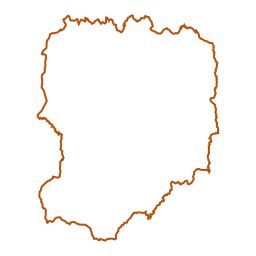 Mahabo, Menabe, Madagascar (Equal Earth projection)
{"feature_id": "10022922B70120442307447", "entity_name": "Mahabo", "entity_type": "district", "adm_level": 2, "iso_a3": "MDG", "parent_name": "Madagascar", "parent_adm1": "Menabe", "projection": "equal_earth", "projection_center": [45.183, -20.687], "detail": "fine", "context": "isolated", "style": "outline", "palette": "amber", "viewbox_px": 256, "rotation_deg": 0, "n_neighbors": 0, "source": "geoboundaries", "source_scale": "gbopen_adm2", "svg_char_len": 5721}
<svg xmlns="http://www.w3.org/2000/svg" viewBox="0 0 256 256"><path d="M212.3,43.1L209.2,42.8L207.0,41.3L204.3,40.6L202.5,39.3L201.0,38.8L199.4,37.4L198.4,33.4L197.0,32.2L197.1,31.5L196.4,30.8L196.4,32.5L195.6,32.4L195.1,32.0L194.9,31.0L194.5,31.1L192.4,28.5L191.4,28.2L190.6,27.5L189.6,27.8L188.4,27.4L187.8,28.4L186.1,27.9L185.6,26.5L184.8,26.8L184.3,25.4L183.9,26.3L182.8,25.8L181.7,27.6L181.3,26.6L181.0,26.6L180.4,27.9L180.3,29.3L178.8,32.2L177.3,33.6L175.9,33.0L173.7,33.9L172.3,33.2L169.9,31.1L169.4,29.8L167.6,29.3L166.8,28.2L163.8,29.7L160.9,33.6L157.8,33.4L156.8,33.0L156.3,32.2L151.3,30.2L150.5,28.3L152.8,26.3L152.5,24.9L152.0,24.1L151.9,22.5L149.6,19.2L149.1,17.3L147.6,16.8L147.0,17.0L145.4,16.0L144.7,16.7L144.4,18.4L140.9,18.1L140.6,19.2L139.8,20.3L138.6,20.5L138.1,21.2L137.1,21.5L136.7,20.6L135.9,20.6L135.5,19.8L134.4,19.4L133.2,18.1L132.7,15.6L132.2,15.4L130.2,16.3L129.6,17.1L127.9,17.8L127.1,20.4L125.8,20.7L125.2,22.3L124.1,23.7L124.8,24.7L125.0,25.7L123.5,25.6L123.9,27.1L123.6,29.4L121.4,32.4L118.8,30.7L117.0,30.3L117.0,29.1L115.9,26.8L116.0,24.9L115.5,24.5L113.8,24.5L112.8,22.0L112.5,20.3L110.9,19.2L109.6,19.9L109.0,20.9L108.6,19.7L107.6,19.3L107.3,18.0L106.7,17.6L106.2,17.5L105.9,22.6L104.8,23.5L102.5,22.0L101.1,23.7L99.8,22.1L99.0,21.6L99.0,20.2L98.0,19.3L94.9,21.3L94.1,22.8L91.9,23.8L91.3,22.6L89.1,21.5L88.6,20.3L87.7,20.1L87.7,19.0L85.4,17.9L85.3,19.1L85.7,19.9L85.1,21.5L84.4,21.4L83.8,20.6L81.1,19.7L80.6,20.9L79.4,22.3L79.2,23.7L78.8,24.2L77.7,21.1L77.7,19.4L76.8,19.1L75.0,20.5L73.8,20.9L72.6,20.4L70.8,20.5L70.4,20.2L69.2,16.4L67.9,15.8L65.6,18.4L63.4,19.5L64.3,22.0L65.6,23.8L65.8,25.5L65.6,26.1L64.7,26.6L64.1,28.5L61.5,30.4L61.1,30.4L60.6,29.6L60.1,29.8L59.4,31.0L57.5,32.4L54.1,33.2L52.1,33.2L50.1,34.2L49.1,38.1L47.5,40.0L46.7,41.9L46.5,47.3L46.1,48.4L43.7,50.2L41.8,53.7L42.1,54.3L44.6,54.4L46.0,55.4L46.1,57.9L45.2,61.7L45.5,65.4L44.7,69.3L44.8,72.0L41.9,75.1L41.8,77.0L42.3,82.4L41.6,87.1L44.0,91.2L46.7,101.1L41.7,110.8L38.1,114.4L37.7,116.2L38.2,117.4L39.3,117.9L39.5,118.7L40.6,118.0L41.0,118.6L42.5,118.2L42.7,118.9L44.1,118.0L44.5,118.6L45.3,118.4L46.5,119.6L47.1,121.1L48.4,121.2L48.8,122.1L49.6,122.5L49.5,123.4L52.4,124.8L52.5,125.2L51.9,126.6L52.8,126.4L54.3,127.7L54.4,128.7L55.3,129.1L55.1,131.1L55.3,131.5L56.2,131.4L56.5,132.2L57.9,133.6L58.6,132.3L59.5,133.7L59.2,134.4L60.7,133.9L61.9,134.9L61.2,136.9L61.6,137.3L61.8,138.6L60.6,140.8L61.3,144.4L60.9,145.3L60.9,147.9L60.3,149.3L62.4,151.3L62.0,154.2L62.8,155.3L63.5,157.9L62.9,159.7L62.6,159.9L61.9,159.4L61.5,160.5L60.3,161.6L60.3,165.1L59.9,168.4L60.6,171.7L59.7,174.4L59.9,175.9L59.7,176.5L58.2,177.7L53.0,176.7L52.8,178.3L51.9,178.7L49.6,180.7L48.6,180.7L45.8,182.7L42.0,186.5L41.3,188.0L40.9,190.1L39.7,191.8L39.3,196.7L41.4,200.0L41.1,201.7L41.9,202.8L42.7,205.6L42.5,207.2L43.5,208.5L44.5,208.4L45.1,208.9L45.9,210.4L45.7,212.6L45.8,214.2L45.3,217.6L45.4,218.5L46.9,220.4L46.9,222.4L47.6,222.8L48.4,221.4L50.0,221.0L52.4,222.0L54.1,220.3L55.2,218.4L57.0,217.5L60.2,217.3L61.8,219.8L65.1,221.1L66.9,222.9L68.2,223.2L69.7,224.3L71.1,222.3L74.3,222.0L76.7,223.5L79.8,224.6L84.9,224.7L86.4,225.4L89.9,228.0L90.1,228.8L90.7,229.2L90.9,230.9L91.7,232.3L92.3,235.4L93.4,236.9L93.9,238.8L96.2,238.6L99.1,240.3L99.5,240.2L99.8,239.2L100.4,239.0L105.1,240.6L107.8,238.8L108.6,239.1L109.9,238.6L113.0,238.7L114.4,239.5L115.9,238.8L115.9,235.1L116.6,233.3L118.5,230.9L118.3,229.6L118.7,228.3L121.1,226.8L121.8,225.1L123.2,225.2L124.3,222.9L127.0,222.6L127.5,220.8L130.9,217.4L132.2,214.9L133.1,214.3L133.6,212.9L135.4,212.7L136.5,213.2L137.4,212.4L138.7,212.3L143.6,213.0L145.8,211.9L145.6,213.8L146.2,215.0L147.8,214.7L148.7,216.4L148.2,217.0L148.1,218.7L150.1,218.4L151.0,216.6L150.3,215.6L150.3,214.5L151.0,214.0L152.1,214.5L153.7,213.2L153.8,212.7L153.1,211.7L153.5,210.9L154.3,211.1L154.3,210.2L155.1,208.7L156.0,208.2L156.0,207.5L156.8,206.1L157.4,205.4L159.1,204.9L159.3,204.2L159.8,204.2L159.7,203.6L160.0,202.6L161.6,201.8L161.8,201.2L163.7,201.1L164.0,200.1L163.4,199.7L162.6,198.1L163.1,197.9L163.1,197.1L164.0,196.5L164.7,195.1L165.9,194.9L166.5,195.3L167.3,194.8L167.5,193.8L169.3,193.7L169.1,193.3L169.6,192.8L170.3,190.2L171.3,190.2L171.7,189.5L171.4,187.9L171.8,186.8L170.9,184.1L171.1,183.1L172.1,181.7L175.7,183.4L178.3,182.0L179.3,183.5L179.8,183.4L180.0,183.9L180.4,183.8L180.8,184.3L181.4,183.6L182.1,183.7L183.9,182.7L184.5,181.5L186.7,180.6L187.4,181.3L187.7,183.8L189.1,184.3L191.5,182.9L193.7,179.3L193.7,178.5L193.0,176.8L194.1,174.3L194.1,172.1L196.6,169.3L199.4,169.0L200.3,169.7L204.4,170.0L206.0,170.0L206.9,169.5L208.1,169.8L208.2,170.7L209.1,172.2L209.8,170.5L208.4,169.1L208.8,167.8L208.0,167.1L207.9,166.5L208.6,165.3L209.2,163.4L209.8,162.9L208.4,160.1L208.5,159.2L207.9,158.0L207.7,156.6L208.3,154.5L209.0,153.7L208.8,149.2L209.1,148.0L208.6,146.8L209.4,144.6L209.8,144.5L209.2,143.1L210.2,141.8L210.9,142.0L211.3,141.1L210.5,139.1L209.8,138.5L210.6,138.4L210.3,137.0L211.2,134.7L213.8,133.8L215.1,133.7L215.9,132.9L216.9,133.4L218.2,133.2L218.0,130.4L218.3,129.2L217.8,127.3L216.9,126.8L216.7,125.9L217.1,124.7L217.1,123.0L216.4,122.6L216.5,121.7L215.6,119.8L216.7,117.1L216.1,116.8L216.3,114.4L215.4,112.6L216.1,109.6L215.1,106.5L215.2,104.9L211.3,101.7L210.4,100.0L210.5,99.0L211.1,98.1L213.4,98.0L214.2,97.2L215.7,93.5L214.8,90.4L214.8,88.9L215.3,87.9L216.1,87.8L216.2,86.7L216.8,85.8L216.5,83.7L217.0,81.7L216.5,80.4L216.5,79.3L216.9,78.9L216.5,77.6L216.7,76.6L216.0,76.4L215.4,75.1L215.3,73.5L214.9,72.7L215.8,71.2L215.9,69.7L217.0,65.6L216.8,65.1L217.4,63.1L217.1,62.3L216.2,62.0L215.0,58.8L214.0,57.6L213.9,55.9L214.3,54.8L214.0,53.6L214.5,52.3L213.2,50.7L213.6,49.5L213.3,47.8L213.8,47.1L213.7,46.2L212.3,43.1Z" fill="none" stroke="#b45309" stroke-width="2"/></svg>